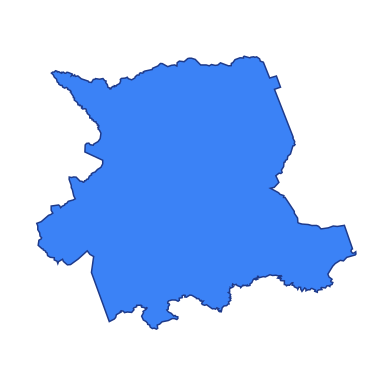 Builsa North, Upper East, Ghana (Robinson projection), rotated 85°
{"feature_id": "2480657B79468660523811", "entity_name": "Builsa North", "entity_type": "district", "adm_level": 2, "iso_a3": "GHA", "parent_name": "Ghana", "parent_adm1": "Upper East", "projection": "robinson", "projection_center": [-1.22, 10.711], "detail": "fine", "context": "isolated", "style": "filled", "palette": "blue", "viewbox_px": 384, "rotation_deg": 85, "n_neighbors": 0, "source": "geoboundaries", "source_scale": "gbopen_adm2", "svg_char_len": 5947}
<svg xmlns="http://www.w3.org/2000/svg" viewBox="0 0 384 384"><g transform="rotate(85 192 192)"><path d="M60.2,177.2L58.7,180.8L58.5,183.3L58.7,184.6L61.5,188.5L60.5,193.2L61.9,195.5L65.2,196.1L63.9,198.1L64.0,201.4L65.0,205.2L61.5,210.4L61.2,212.3L63.5,215.0L65.3,220.5L66.5,220.9L67.4,228.4L68.0,230.0L68.8,229.8L69.3,231.2L68.8,232.7L69.2,233.9L70.9,234.6L70.7,236.4L72.2,238.5L73.4,239.0L75.0,242.3L73.6,245.5L72.0,246.5L72.7,248.5L72.7,252.4L73.6,253.6L75.2,253.4L77.6,254.6L79.0,257.8L79.8,258.3L79.3,260.1L80.3,260.1L80.0,261.7L80.9,263.2L82.2,263.8L82.1,264.8L81.3,264.8L80.4,266.6L77.6,267.0L75.5,268.4L74.0,267.9L73.4,269.3L71.2,270.8L71.6,274.3L70.6,278.3L71.3,278.9L71.3,280.5L74.1,282.6L73.6,285.1L72.5,285.7L69.6,292.4L66.4,295.6L66.7,298.2L65.1,298.7L65.9,300.0L65.1,300.8L65.7,302.0L64.0,301.1L62.1,305.0L61.8,306.2L62.7,307.4L62.6,308.4L61.4,309.6L62.1,311.4L61.4,311.4L61.8,312.7L60.5,314.2L60.7,315.6L59.8,316.0L59.3,317.4L60.5,318.9L60.4,320.3L61.3,321.7L63.0,320.1L65.7,319.1L67.8,317.1L70.6,316.7L71.6,315.5L73.1,315.2L74.3,313.6L74.5,312.1L76.2,311.7L77.4,309.8L76.9,308.0L78.0,306.7L78.9,306.9L80.3,304.3L81.1,303.9L81.7,304.4L82.0,303.8L82.9,303.8L86.5,301.8L87.6,302.0L88.2,300.9L90.1,301.3L92.9,298.3L95.1,298.0L95.0,297.4L96.1,296.7L95.7,295.9L97.3,294.5L97.1,294.0L97.9,293.9L98.6,294.8L99.8,293.7L99.7,291.3L100.3,290.3L102.1,290.0L102.3,290.4L103.9,289.4L104.7,289.5L106.9,287.2L109.3,287.4L110.0,285.4L111.4,285.3L111.4,284.2L112.6,284.0L113.7,282.5L113.6,281.6L114.9,281.4L116.5,279.9L117.0,280.4L118.1,279.0L119.4,280.1L119.9,279.4L121.0,280.1L122.4,278.8L125.5,277.6L130.8,278.8L133.6,281.2L135.7,285.7L136.8,286.3L136.0,289.3L134.3,290.5L134.4,292.8L135.8,294.3L142.8,295.2L152.6,278.2L156.2,278.5L159.5,280.6L161.3,284.2L163.6,286.7L164.4,289.6L165.3,290.8L166.2,290.6L167.3,292.9L170.0,294.2L170.2,295.8L171.5,297.0L171.4,298.0L172.6,298.7L172.8,299.5L171.8,300.6L171.4,302.6L167.1,306.1L166.7,308.6L167.1,310.7L166.4,313.0L168.7,313.3L174.8,311.7L177.2,311.9L179.2,311.0L185.4,310.2L188.6,308.9L189.6,311.2L190.5,316.1L192.3,317.7L192.9,319.7L194.0,320.1L194.8,322.5L196.2,324.2L194.1,325.1L193.3,326.1L193.7,333.5L197.9,333.9L200.9,332.5L202.1,334.5L202.7,336.9L208.4,344.8L209.7,349.4L212.4,348.6L216.1,348.9L219.4,347.3L222.7,347.2L224.5,345.8L225.6,346.4L226.7,348.7L231.7,349.9L235.4,346.4L235.8,345.3L236.7,345.2L238.1,343.1L239.2,342.9L240.1,341.7L242.8,341.4L244.7,338.9L245.5,334.9L247.6,335.2L249.2,332.5L251.6,331.9L249.7,331.0L247.7,326.8L249.9,326.2L253.7,322.5L253.7,319.3L248.9,311.3L241.5,301.5L245.3,299.1L247.7,295.6L263.4,299.2L313.9,285.7L311.8,280.5L310.4,279.0L307.6,278.0L305.4,273.1L304.7,273.7L304.1,272.9L304.8,270.7L306.3,269.8L305.9,266.8L306.7,262.6L304.3,260.1L303.2,260.6L302.4,260.1L301.5,257.2L300.1,257.0L300.3,252.8L300.8,252.0L301.7,252.5L302.4,252.1L302.9,249.8L304.0,248.5L303.2,247.5L303.6,246.9L305.0,248.2L306.7,251.2L308.1,250.8L311.3,253.0L315.3,251.6L316.9,249.2L318.6,247.8L320.0,247.7L320.8,245.8L322.9,245.4L324.6,243.4L324.3,241.6L325.5,239.4L324.9,238.1L321.5,238.2L320.8,235.7L318.7,233.1L318.0,226.8L316.4,222.8L316.6,220.5L317.7,218.2L316.8,217.1L315.1,217.0L314.5,219.0L313.5,219.7L313.9,221.0L311.1,223.2L309.5,225.9L307.3,227.4L306.6,225.9L304.2,225.7L302.4,224.2L301.0,224.7L300.8,225.8L299.6,225.8L298.5,224.8L297.8,221.5L298.2,217.8L299.6,215.4L298.8,214.0L296.7,214.0L296.4,211.0L294.5,210.8L294.0,209.4L294.4,207.8L295.9,208.4L296.3,206.7L294.5,203.2L294.9,201.2L298.0,196.8L298.6,196.8L298.8,194.6L301.3,193.2L300.8,192.4L301.7,191.8L301.7,190.3L303.7,192.1L304.9,191.6L306.0,189.2L305.5,187.4L310.2,181.9L310.1,180.2L310.8,178.7L309.5,177.3L310.6,175.6L311.1,176.6L313.0,175.7L312.6,174.4L312.9,173.7L313.7,174.4L313.9,173.3L309.9,172.0L308.3,170.0L308.2,167.4L306.7,165.7L306.7,164.8L304.6,165.2L303.4,162.9L302.1,163.3L301.3,162.6L300.6,163.9L299.8,162.6L298.9,163.2L297.5,162.4L295.3,164.5L295.0,163.2L291.8,163.0L291.0,161.9L290.5,162.1L290.9,161.0L289.9,158.9L288.7,160.0L287.2,159.5L288.4,157.8L287.8,156.1L289.1,155.2L290.6,152.0L291.5,151.8L289.3,149.3L289.8,149.0L289.6,147.0L290.3,145.7L289.5,145.1L290.4,144.5L290.1,142.4L288.7,142.3L287.5,140.3L284.9,138.9L284.1,137.4L285.1,136.0L284.6,134.5L283.6,136.5L283.2,134.3L281.7,134.0L281.9,133.1L283.3,132.9L282.5,128.4L283.0,126.3L281.2,121.6L282.2,119.0L282.2,115.6L283.0,113.7L283.1,110.4L283.6,110.1L283.9,111.1L284.7,111.2L284.3,113.2L285.2,114.2L286.1,110.9L287.2,111.7L288.0,111.3L288.6,107.7L292.2,108.1L292.5,106.8L293.7,106.1L293.1,104.7L293.4,103.0L291.2,100.4L291.2,99.5L293.5,100.4L293.9,98.8L295.4,98.3L297.0,95.5L298.2,95.1L296.1,93.9L296.4,92.1L298.1,92.2L300.6,91.1L297.4,88.1L298.4,86.9L300.3,87.1L299.5,85.0L299.7,82.9L298.6,81.8L298.5,81.0L300.4,77.7L301.6,78.4L302.8,75.9L301.3,75.7L300.6,74.5L300.5,71.1L298.9,71.9L298.4,71.3L299.2,67.4L297.3,65.8L297.2,64.4L298.2,62.9L296.9,62.5L296.3,60.5L294.4,59.6L293.6,61.4L292.8,61.6L291.1,60.1L288.6,62.9L285.6,63.8L278.2,58.3L275.7,55.5L273.0,50.3L273.8,47.1L270.6,43.5L268.9,34.8L268.1,34.1L265.8,34.1L266.9,36.0L266.9,37.5L264.8,38.8L263.1,38.1L262.7,37.1L261.6,37.3L238.5,43.1L239.0,50.2L238.2,54.3L239.6,59.4L240.0,66.7L237.2,68.9L236.2,70.8L235.8,75.6L234.5,79.1L233.5,85.3L232.2,88.6L231.6,89.2L227.1,89.1L222.1,91.9L220.2,91.8L205.5,99.8L205.4,101.3L203.6,100.8L202.0,104.5L200.3,105.8L195.1,113.6L194.5,109.6L190.0,104.6L183.1,107.1L180.8,103.6L181.3,101.9L180.4,100.5L177.9,101.0L174.7,98.5L170.5,97.8L170.3,96.7L168.7,96.1L167.8,94.2L164.7,93.5L162.7,90.6L154.9,87.5L154.7,86.2L153.8,85.2L152.8,85.9L150.7,85.3L146.9,86.9L146.3,86.4L96.9,100.9L95.3,94.7L83.8,97.8L85.2,104.7L68.9,109.6L67.6,112.5L65.2,113.1L63.0,115.8L63.3,117.8L62.7,118.6L62.8,121.6L63.4,122.6L61.3,128.2L61.7,128.9L63.0,129.0L62.5,132.5L63.9,137.6L66.7,140.0L67.3,141.6L69.5,141.9L69.5,144.6L65.8,152.4L67.8,155.3L67.9,157.9L66.7,161.5L67.8,163.8L66.7,166.7L66.2,172.3L60.2,177.2Z" fill="#3b82f6" stroke="#1e3a8a" stroke-width="1.5"/></g></svg>